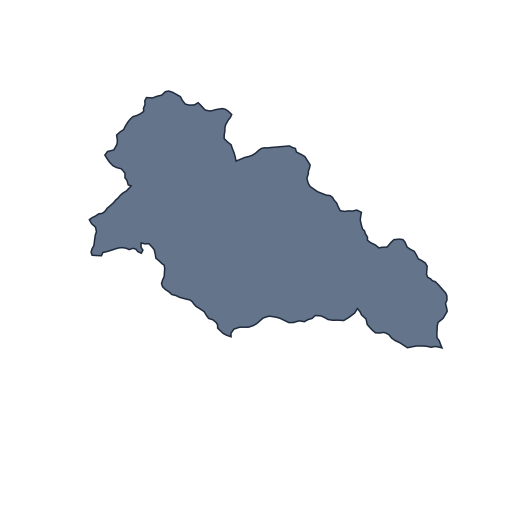 outline of Taquaritinga, São Paulo, Brazil, rotated 49°
{"feature_id": "56859067B88772745277666", "entity_name": "Taquaritinga", "entity_type": "district", "adm_level": 2, "iso_a3": "BRA", "parent_name": "Brazil", "parent_adm1": "São Paulo", "projection": "mercator", "projection_center": [-48.54, -21.441], "detail": "fine", "context": "isolated", "style": "filled", "palette": "slate", "viewbox_px": 512, "rotation_deg": 49, "n_neighbors": 0, "source": "geoboundaries", "source_scale": "gbopen_adm2", "svg_char_len": 3637}
<svg xmlns="http://www.w3.org/2000/svg" viewBox="0 0 512 512"><g transform="rotate(49 256 256)"><path d="M102.3,199.1L101.6,203.3L98.6,207.1L95.0,209.7L90.4,209.5L86.1,208.5L81.1,210.3L77.8,211.5L74.3,213.6L72.5,216.6L72.8,221.5L70.6,225.7L68.8,230.4L64.6,234.7L65.8,238.0L68.8,240.3L70.7,244.0L73.2,245.9L72.8,249.9L71.7,254.0L70.1,257.4L70.2,261.1L70.9,265.0L72.3,269.5L73.8,273.0L73.2,277.0L73.3,281.9L76.2,283.7L78.4,285.3L80.4,287.6L81.6,290.6L82.6,293.8L81.1,296.9L79.7,299.4L80.7,303.9L87.5,304.9L90.1,305.0L94.2,304.7L97.8,303.2L101.8,300.5L104.6,300.4L107.6,300.6L111.0,303.6L114.4,303.8L118.5,305.8L121.2,304.2L121.9,311.1L121.1,315.5L121.2,318.7L121.8,322.4L121.7,325.3L122.3,328.3L122.4,333.2L122.3,336.9L123.2,340.7L123.0,344.0L121.0,347.0L120.5,351.0L119.6,354.3L119.2,357.9L123.6,358.9L129.0,358.2L133.0,360.5L135.1,364.0L139.6,369.1L141.7,371.4L143.0,375.0L144.9,378.0L147.9,379.2L151.4,375.7L154.4,372.5L152.9,369.2L154.3,366.8L155.7,363.8L157.2,360.4L158.4,357.4L160.0,354.0L162.0,351.4L164.8,349.0L168.0,347.5L169.3,344.1L171.9,342.2L175.3,342.3L178.7,340.7L177.4,337.5L173.9,337.0L170.8,334.1L174.1,331.8L176.4,328.8L180.6,328.6L184.4,328.7L188.8,331.0L192.0,333.0L196.4,332.3L200.0,332.0L202.6,331.3L205.3,332.9L207.9,335.5L211.2,338.7L212.7,342.0L214.7,345.3L217.8,346.7L221.7,346.4L226.0,345.2L229.9,344.8L233.1,342.5L237.4,340.6L242.4,337.2L246.0,334.6L248.8,334.1L251.7,334.4L254.8,334.3L257.9,333.3L264.0,331.6L268.4,332.4L272.1,332.7L275.8,330.4L280.0,329.7L282.8,330.2L285.3,332.3L288.4,332.0L292.9,331.6L296.5,330.2L300.6,327.8L297.8,325.5L296.7,320.6L299.0,315.1L304.9,308.2L306.8,303.5L307.5,299.8L307.5,295.2L307.5,291.3L308.8,288.1L310.1,285.5L312.7,283.2L315.3,281.0L318.9,278.7L323.6,276.7L327.8,274.9L330.6,271.7L333.3,265.9L337.3,262.6L338.2,258.3L339.9,254.7L339.8,250.3L343.9,246.2L347.5,244.6L351.2,243.3L355.0,240.1L356.7,238.0L358.9,235.5L362.3,232.1L363.3,226.1L363.8,219.0L362.2,214.0L366.1,214.0L369.6,215.0L375.8,214.3L380.6,217.0L385.7,217.0L388.9,216.8L392.4,216.2L395.5,212.9L397.0,210.3L399.1,208.6L402.6,207.3L407.1,207.5L411.3,206.4L416.3,204.2L424.6,201.9L426.8,198.0L429.0,194.2L432.5,190.1L435.6,186.8L439.8,183.7L441.7,180.3L444.0,178.3L447.4,175.9L444.1,174.8L440.1,173.3L436.5,173.0L433.3,170.5L430.7,167.9L427.8,165.2L425.6,162.2L425.8,155.7L424.3,151.2L423.3,148.1L420.7,146.4L416.1,144.1L414.6,140.8L411.3,138.1L408.3,137.1L404.4,137.2L397.6,137.2L392.9,137.5L390.5,139.1L387.7,139.2L384.8,140.4L381.7,139.3L379.3,136.9L376.0,133.5L372.2,132.8L367.9,134.0L364.6,135.4L360.6,134.3L356.3,133.5L352.2,135.1L348.5,136.1L343.0,134.4L339.9,134.4L337.2,136.9L334.2,141.1L334.3,145.0L334.8,148.3L335.2,151.4L332.1,155.1L330.6,157.9L325.9,158.7L320.7,160.9L317.2,161.5L314.9,159.5L310.8,158.8L308.2,157.6L305.5,157.9L301.9,156.2L297.2,153.7L294.2,150.3L292.2,147.8L287.4,149.8L285.4,153.7L282.5,156.7L280.5,159.9L277.0,162.7L272.1,161.5L269.2,160.4L265.0,160.4L262.0,159.8L258.9,160.5L256.2,163.0L250.5,166.0L247.7,167.4L238.9,169.6L235.0,168.7L230.7,166.6L228.4,162.7L226.3,160.7L224.7,157.9L222.8,155.4L217.6,154.6L213.0,153.9L209.1,155.2L204.0,157.3L200.7,155.7L197.5,157.6L194.9,158.5L192.9,161.2L187.2,169.1L184.2,173.1L182.0,176.4L180.0,178.5L178.4,181.2L178.0,184.5L178.1,189.3L177.5,192.6L176.4,195.7L174.2,199.9L172.8,204.3L171.2,208.8L168.0,206.9L164.0,205.0L159.0,203.2L155.7,201.8L151.2,202.7L146.5,203.0L143.7,200.5L141.2,197.4L138.6,195.1L137.0,192.7L135.2,187.7L134.7,184.6L133.3,181.5L128.6,181.9L125.3,182.8L122.7,184.6L120.5,188.0L118.9,190.8L117.6,193.7L116.0,196.0L112.4,198.6L106.2,198.8L102.3,199.1Z" fill="#64748b" stroke="#1e293b" stroke-width="1.5"/></g></svg>